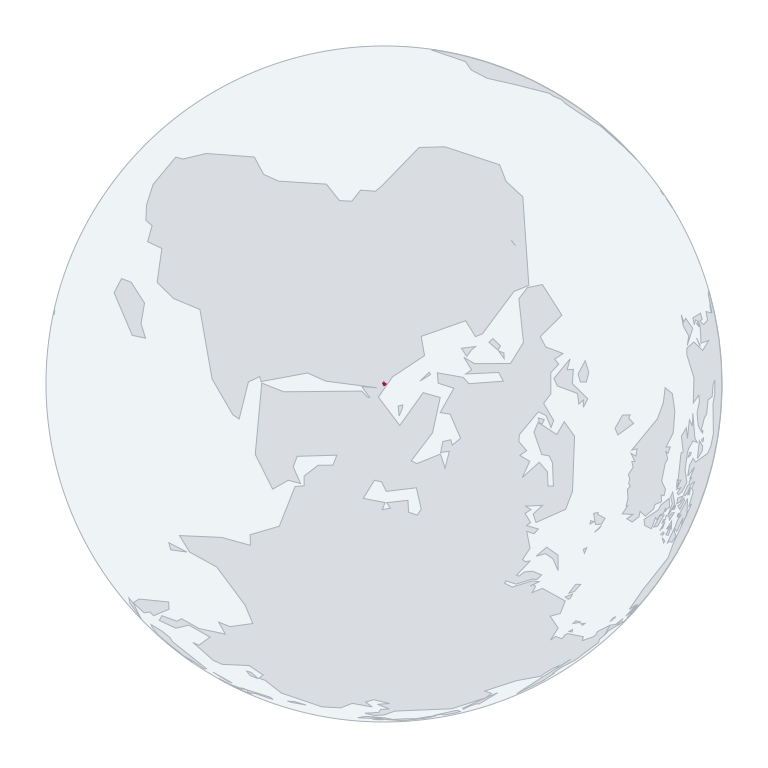 globe centered on Al Minufiyah, rotated 126°
{"feature_id": "EGY-1532", "entity_name": "Al Minufiyah", "entity_type": "Governorate", "adm_level": 1, "iso_a3": "EGY", "parent_name": "Egypt", "parent_adm1": "", "projection": "orthographic", "projection_center": [31.025, 30.446], "detail": "fine", "context": "on_globe", "style": "filled", "palette": "rose", "viewbox_px": 768, "rotation_deg": 126, "n_neighbors": 0, "source": "natural_earth", "source_scale": "10m", "svg_char_len": 10856}
<svg xmlns="http://www.w3.org/2000/svg" viewBox="0 0 768 768"><g transform="rotate(126 384 384)"><circle cx="384" cy="384" r="338" fill="#eef3f6" stroke="#a8b0b8"/><path d="M349.9,47.8L378.7,46.2L389.4,46.1L391.7,46.2L388.7,46.3L398.0,46.4L423.5,48.4L423.6,48.5L430.9,49.5L429.6,49.8L414.5,48.6L413.4,49.0L424.1,50.2L429.6,51.9L414.1,50.0L422.1,53.1L398.3,53.7L357.7,52.0L343.8,56.0L300.3,64.7L303.6,65.5L289.2,70.6L287.7,73.7L280.0,75.3L285.4,76.6L292.7,74.6L297.5,74.7L297.3,76.6L287.5,78.7L286.2,78.0L283.2,79.7L278.4,80.1L280.6,81.0L268.8,83.9L280.0,84.1L270.2,89.1L262.5,90.2L264.0,86.0L249.8,81.4L242.5,82.9L230.6,88.3L206.6,106.2L198.2,110.2L186.3,118.6L190.5,117.7L201.4,111.1L206.3,112.5L219.1,105.1L222.9,105.0L235.7,99.9L232.9,105.4L223.3,113.8L212.6,118.6L208.0,122.8L217.6,122.6L196.9,136.8L182.2,156.3L177.0,160.0L167.9,158.0L169.6,145.9L157.9,146.9L164.6,151.5L151.3,162.3L148.8,166.6L149.0,169.6L153.7,167.8L148.9,173.0L140.6,169.5L144.7,164.6L147.4,165.5L148.0,160.4L142.3,159.7L136.1,166.0L134.1,161.1L129.6,165.9L126.6,168.0L133.9,160.4L120.7,174.5L117.7,176.0L133.6,157.1L150.9,139.3L169.5,122.9L189.2,107.9L209.9,94.4L231.6,82.4L254.1,72.0L277.4,63.4L301.1,56.4L325.4,51.2L349.9,47.8ZM53.9,311.6L52.4,321.3L51.8,323.6L48.1,359.1L50.0,385.4L50.4,401.9L49.6,407.5L51.6,416.0L51.7,421.2L64.9,454.3L76.1,480.4L78.7,497.9L75.3,507.7L85.9,542.0L84.2,539.9L73.0,516.2L63.8,491.9L56.4,466.8L51.0,441.3L47.5,415.4L46.1,389.4L46.7,363.3L49.3,337.3L53.9,311.6ZM432.1,49.7L434.4,49.9L437.2,50.5L432.1,49.7ZM236.4,97.4L236.0,98.7L233.8,98.9L236.4,97.4ZM242.2,94.3L239.9,93.8L242.4,92.2L243.7,92.6L242.2,94.3ZM437.9,51.6L441.7,52.9L435.2,51.3L437.9,51.6ZM244.5,95.5L247.0,89.6L251.4,87.1L260.2,86.6L244.5,95.5ZM442.3,53.5L451.8,57.4L457.7,58.0L446.5,59.4L442.1,55.1L433.1,52.8L440.1,53.8L442.3,53.5ZM295.1,73.2L287.3,75.4L294.0,71.9L295.1,73.2ZM298.2,71.1L311.9,62.0L323.3,60.4L316.4,63.4L331.2,60.5L330.0,64.1L321.6,66.5L314.5,66.7L319.5,68.0L298.2,71.1ZM438.8,60.0L438.9,61.2L435.9,59.8L438.8,60.0ZM299.9,74.5L301.7,72.5L311.6,70.9L309.9,74.6L307.3,73.8L299.9,74.5ZM335.7,58.3L342.8,58.1L343.8,60.8L346.7,61.2L331.0,64.1L335.7,58.3ZM304.9,75.2L308.8,76.6L303.9,79.3L298.9,76.4L304.9,75.2ZM314.9,69.0L319.6,68.5L316.4,69.9L314.9,69.0ZM288.7,90.7L290.6,87.7L295.9,86.5L288.7,90.7ZM310.6,76.9L312.3,76.0L314.6,75.4L316.1,76.9L310.6,76.9ZM332.8,66.1L331.7,67.5L339.3,65.0L340.3,67.4L329.6,69.0L334.7,69.4L335.0,70.2L325.9,70.7L332.8,66.1ZM324.6,76.7L311.4,80.4L306.8,85.8L301.9,86.8L310.3,78.1L324.6,76.7ZM326.2,73.0L324.1,75.4L319.1,75.3L317.4,73.6L326.2,73.0ZM344.9,68.6L346.0,64.4L348.3,64.3L344.9,68.6ZM324.3,78.2L327.5,77.3L324.5,78.5L324.3,78.2ZM339.7,71.4L339.7,69.8L342.4,69.7L339.7,71.4ZM333.8,77.1L329.5,78.1L328.2,76.8L333.8,77.1ZM337.3,74.5L340.8,74.7L330.3,75.8L336.9,73.8L337.3,74.5ZM342.1,71.5L343.7,70.9L341.7,72.2L342.1,71.5ZM341.1,81.7L328.2,83.4L325.4,80.4L338.3,79.1L341.1,81.7ZM156.3,474.1L138.7,419.3L148.4,404.1L151.0,381.7L219.1,324.8L232.8,333.3L285.5,333.9L291.9,337.8L284.8,355.1L323.6,381.9L337.2,367.9L373.3,381.4L397.9,380.8L408.3,346.9L368.0,347.2L361.9,330.6L394.9,316.1L430.2,316.8L429.0,310.5L407.4,297.1L416.3,285.1L400.0,291.6L406.1,297.9L396.0,302.6L389.9,297.2L393.3,292.8L382.9,290.1L369.5,312.8L374.1,321.7L346.3,325.0L351.5,340.6L343.6,347.4L332.1,323.8L333.8,315.4L311.6,289.1L307.2,298.0L327.9,323.8L321.1,321.4L315.4,335.1L314.4,322.8L293.0,293.7L268.4,295.6L235.7,325.0L221.7,324.6L210.5,314.3L223.8,280.5L253.8,285.5L258.9,275.0L254.1,257.1L263.6,260.6L265.3,254.3L276.7,255.8L294.0,243.2L305.8,243.5L313.8,225.3L321.0,223.3L314.2,234.4L315.8,242.8L345.3,244.7L351.3,241.1L354.1,229.5L361.9,232.1L360.9,220.7L378.4,217.1L356.1,212.4L358.9,200.2L370.1,191.4L367.0,186.9L348.7,201.4L345.1,208.1L348.3,215.0L334.8,234.4L324.4,236.8L323.4,214.5L308.6,216.0L314.3,199.1L360.1,168.4L378.6,163.4L406.6,179.6L401.6,186.9L389.0,184.4L399.5,197.6L399.2,191.2L405.7,193.9L409.9,184.0L414.7,185.4L410.6,173.9L416.9,174.6L419.4,181.9L431.0,169.3L444.5,168.8L444.8,165.4L441.4,161.8L460.7,164.4L460.1,161.8L453.5,159.9L448.1,153.7L445.9,144.2L452.7,145.6L454.4,149.2L468.2,159.5L471.7,169.7L474.3,169.4L472.9,160.9L456.1,148.3L452.8,142.2L461.6,147.2L458.2,144.9L458.7,142.4L465.6,141.5L456.3,135.8L453.0,109.8L466.0,106.5L474.2,113.1L479.1,99.6L493.4,98.9L487.3,96.8L485.5,90.2L481.0,90.2L478.0,88.8L471.3,74.2L475.0,72.6L465.3,66.0L462.1,65.2L458.8,65.8L446.5,59.4L457.7,58.0L464.2,59.7L466.8,58.4L481.3,63.0L494.6,66.9L509.0,74.0L518.2,77.2L518.1,76.4L530.6,81.0L556.5,94.6L535.9,86.6L497.1,71.2L513.0,77.2L509.5,77.2L515.2,80.4L526.4,85.1L527.6,84.8L546.1,102.4L573.2,122.1L571.1,115.3L578.0,117.2L607.0,138.4L642.1,182.8L651.7,189.4L657.8,196.9L661.6,206.0L652.9,195.2L649.3,195.5L643.8,188.6L647.0,201.0L639.2,191.7L645.5,206.8L652.1,211.9L652.2,203.7L661.0,221.9L671.5,228.7L681.7,244.5L694.3,285.3L693.6,306.1L695.5,312.2L690.5,310.7L691.0,327.6L705.9,350.1L707.9,359.5L705.4,386.7L704.1,380.2L691.0,375.9L693.7,400.0L703.8,408.8L707.4,426.9L701.9,427.4L697.6,412.0L692.9,409.9L690.5,389.8L679.6,365.4L673.8,377.8L670.8,366.0L654.9,349.3L644.5,366.5L630.4,411.6L634.2,442.5L626.8,460.3L603.5,425.1L593.0,397.2L584.6,403.7L560.6,385.1L519.2,395.7L513.3,388.7L505.5,394.5L488.6,389.6L479.6,377.6L469.3,380.3L493.5,411.7L504.4,408.8L513.5,393.1L518.2,404.9L534.5,412.3L516.6,446.8L455.1,483.4L449.2,460.5L402.8,397.8L404.2,390.1L404.0,389.2L403.4,387.7L399.1,400.3L391.2,387.5L415.9,432.8L420.0,452.3L454.3,484.9L451.0,488.9L462.1,494.9L497.5,480.6L497.7,488.3L480.9,526.1L431.9,576.7L438.5,604.4L435.1,627.3L404.9,643.4L407.8,658.9L392.2,664.7L391.5,672.8L379.1,681.2L358.4,688.1L322.8,685.8L320.3,679.0L302.0,663.3L276.6,622.3L285.2,604.6L281.9,588.6L256.2,548.1L261.8,527.8L255.0,517.4L240.9,516.9L233.1,504.2L224.6,502.1L172.0,494.6L156.3,474.1ZM194.9,358.9L192.9,365.4L192.8,365.5L194.9,358.9ZM467.5,335.2L488.7,333.5L479.3,313.5L486.6,311.5L480.7,305.8L478.5,312.1L464.0,296.3L473.2,288.8L470.6,280.0L463.4,280.3L448.9,296.8L469.5,319.0L464.6,328.4L467.5,335.2ZM52.4,321.7L51.5,327.1L51.8,324.2L52.4,321.7ZM66.8,268.5L65.2,274.1L65.8,271.0L66.8,268.5ZM71.9,254.4L68.0,264.7L68.7,262.5L71.9,254.4ZM151.9,162.4L152.4,162.9L151.5,166.6L149.7,166.5L151.9,162.4ZM161.1,176.0L153.3,184.2L157.6,177.9L153.5,178.6L157.5,167.0L174.6,161.3L166.1,165.6L161.1,176.0ZM167.5,151.0L163.0,158.2L167.2,150.6L167.5,151.0ZM263.5,221.5L266.9,226.3L261.9,232.8L247.0,234.9L254.1,225.2L263.5,221.5ZM273.0,231.9L276.2,210.4L285.6,209.1L279.8,213.3L285.7,214.6L277.9,221.9L283.7,242.5L279.7,249.8L254.3,248.2L264.8,244.3L260.8,239.4L273.0,231.9ZM267.7,166.0L269.2,158.9L287.7,164.8L284.1,171.0L269.0,172.7L264.3,166.7L267.7,166.0ZM259.6,96.6L258.9,95.0L261.7,94.2L264.4,94.9L259.6,96.6ZM289.2,89.4L265.1,103.2L263.2,101.9L251.4,112.7L241.7,113.7L249.7,106.5L233.4,115.9L236.7,109.8L226.2,116.9L245.0,100.7L247.3,96.3L248.4,100.6L257.2,99.6L261.7,97.9L276.3,90.1L285.6,81.1L295.8,79.5L300.6,80.8L299.9,82.7L293.5,82.9L297.2,85.3L287.3,87.3L289.2,89.4ZM350.3,108.4L343.2,105.9L349.0,114.9L339.2,115.3L340.4,116.3L333.0,119.4L326.1,125.2L321.8,124.6L321.0,127.2L316.1,129.6L313.5,133.1L304.9,133.5L301.1,137.9L299.1,135.6L294.9,143.4L294.2,137.9L287.7,141.1L291.8,144.7L251.4,142.3L235.0,147.0L221.7,154.4L222.3,145.1L235.1,132.7L253.5,121.3L269.2,118.7L266.6,115.4L273.3,113.4L272.6,116.8L277.8,110.4L283.1,109.8L299.5,102.2L303.7,94.4L309.8,91.8L310.8,94.6L316.2,90.2L322.2,94.0L326.7,92.4L337.2,94.9L336.5,102.0L341.6,99.7L349.8,102.1L350.3,108.4ZM343.9,82.6L345.3,89.9L340.7,94.0L324.4,88.0L319.5,88.9L308.9,86.1L315.9,80.4L318.3,81.6L322.2,81.6L318.5,83.3L324.4,81.9L327.9,83.8L333.5,83.3L332.4,85.7L343.9,82.6ZM299.9,331.9L304.9,333.3L313.0,333.3L309.6,342.4L299.9,331.9ZM284.8,312.2L289.5,311.7L288.6,323.6L283.3,322.5L284.8,312.2ZM292.9,301.7L289.9,310.7L288.4,305.2L292.9,301.7ZM318.6,233.5L323.7,232.6L324.0,235.4L320.8,239.3L318.6,233.5ZM365.5,138.3L362.1,135.4L363.8,134.2L362.7,126.2L369.8,125.8L373.3,130.4L365.5,138.3ZM401.0,353.0L393.5,359.6L389.9,356.5L393.2,354.8L401.0,353.0ZM349.0,351.9L360.5,356.6L347.9,354.3L349.0,351.9ZM373.1,136.5L371.8,133.1L376.2,135.0L373.1,136.5ZM375.0,125.1L380.3,126.6L370.6,124.8L375.0,125.1ZM521.2,691.9L522.3,692.0L517.5,693.9L521.2,691.9ZM492.6,616.3L468.8,656.0L453.0,658.3L450.3,648.5L459.3,625.3L477.9,616.1L487.1,603.9L492.6,616.3ZM716.9,442.1L710.6,460.8L707.1,464.6L708.7,457.9L714.4,447.1L716.9,442.1ZM708.4,458.4L701.9,455.7L687.0,430.2L692.5,425.5L706.8,434.1L706.1,439.4L710.1,443.6L708.4,458.4ZM720.8,404.9L719.9,418.9L717.2,428.3L715.5,431.0L714.4,417.7L715.1,407.5L716.8,403.9L718.7,360.4L720.2,362.0L720.7,378.6L721.7,385.5L720.8,404.9ZM635.8,444.7L643.5,459.1L638.9,464.7L635.8,444.7ZM716.1,334.6L717.6,353.0L715.2,331.0L716.1,334.6ZM712.7,315.9L714.3,321.7L712.6,318.2L712.7,315.9ZM698.6,320.8L697.0,326.3L695.4,322.1L696.3,312.6L698.6,320.8ZM689.5,258.3L695.5,270.7L697.4,275.8L693.7,270.1L689.5,258.3ZM432.6,133.5L426.1,144.6L426.3,153.6L433.8,159.6L420.4,156.5L420.2,142.6L432.6,133.5ZM449.8,112.3L443.1,108.0L447.7,107.4L449.8,108.3L449.8,112.3ZM444.5,111.5L433.2,111.1L430.6,107.1L440.0,108.1L444.5,111.5ZM403.1,122.4L400.7,125.6L397.2,123.8L403.1,122.4ZM721.1,408.2L721.3,405.0L721.8,386.8L721.8,377.8L721.8,374.9L721.9,380.6L721.9,385.3L721.9,388.8L721.1,408.2ZM719.1,340.6L718.4,336.6L719.2,344.9L716.1,321.7L717.0,326.7L719.1,340.6ZM716.1,323.3L717.0,330.9L715.0,318.3L716.1,323.3ZM716.3,328.3L714.6,321.5L714.8,319.4L716.3,328.3ZM715.9,321.6L713.0,308.5L714.5,314.2L715.9,321.6ZM710.2,306.6L713.4,311.9L712.1,315.4L704.4,292.4L704.4,288.2L710.2,306.6ZM662.1,196.7L657.9,191.6L655.8,187.1L659.3,191.8L662.1,196.7ZM644.9,170.2L653.8,184.4L660.3,197.0L661.7,197.4L669.5,209.2L663.4,203.2L653.7,187.1L650.1,179.5L642.8,170.6L635.9,161.3L626.9,152.5L621.7,146.8L628.8,152.7L644.9,170.2ZM623.1,149.1L605.0,133.2L604.1,129.9L607.9,132.6L616.6,141.1L616.6,142.3L623.1,149.1ZM600.4,128.6L600.1,129.8L573.0,114.3L567.0,110.5L587.2,119.2L588.1,121.0L594.9,125.8L600.4,128.6ZM442.5,61.5L439.2,61.2L441.2,60.6L442.5,61.5ZM475.5,89.0L471.7,87.1L474.1,86.1L475.5,89.0ZM462.4,81.4L462.3,83.8L459.5,80.7L462.4,81.4ZM462.7,89.6L460.9,84.5L466.7,90.3L462.7,89.6Z" fill="#d9dde1" stroke="#a8b0b8" stroke-width="1"/><path d="M384.0,385.4L383.9,385.4L383.7,385.2L383.6,384.9L383.5,384.7L383.4,384.6L383.1,384.7L383.3,384.4L383.2,384.4L383.1,384.2L383.1,383.9L383.0,383.7L383.1,383.4L383.0,383.2L382.9,383.1L382.8,382.9L382.8,382.6L383.0,382.5L383.3,382.5L383.4,382.4L383.5,382.4L383.7,382.5L383.8,382.6L384.0,382.6L384.3,382.8L384.6,382.8L384.8,382.9L384.8,383.0L385.0,383.2L385.1,383.3L385.0,383.5L384.9,383.7L384.8,383.8L384.7,383.9L384.6,384.0L384.5,384.3L384.5,384.2L384.4,384.2L384.4,384.3L384.2,384.4L384.2,384.5L384.3,384.6L384.4,385.0L384.4,385.3L384.5,385.4L384.6,385.5L384.3,385.4L384.2,385.3L384.0,385.4Z" fill="#f43f5e" stroke="#9f1239" stroke-width="1.5"/></g></svg>